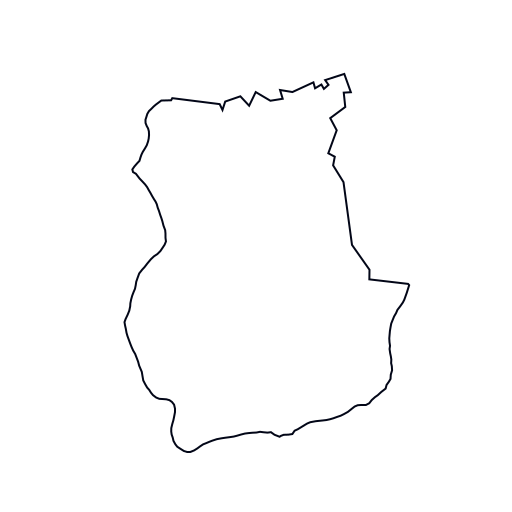 VIII-1 Ireng/Upper Potaro, Potaro-Siparuni, Guyana, rotated 157°
{"feature_id": "73187651B95779409673376", "entity_name": "VIII-1 Ireng/Upper Potaro", "entity_type": "district", "adm_level": 2, "iso_a3": "GUY", "parent_name": "Guyana", "parent_adm1": "Potaro-Siparuni", "projection": "orthographic", "projection_center": [-59.613, 4.894], "detail": "fine", "context": "isolated", "style": "outline", "palette": "ink", "viewbox_px": 512, "rotation_deg": 157, "n_neighbors": 0, "source": "geoboundaries", "source_scale": "gbopen_adm2", "svg_char_len": 2852}
<svg xmlns="http://www.w3.org/2000/svg" viewBox="0 0 512 512"><g transform="rotate(157 256 256)"><path d="M304.9,80.4L303.5,80.7L300.4,80.6L296.0,78.9L292.1,77.9L288.7,80.1L285.3,80.2L277.2,81.4L274.3,81.8L271.0,81.8L265.6,80.6L262.3,79.6L258.7,78.5L255.3,77.5L251.6,76.8L248.2,76.4L244.4,76.2L240.5,75.9L237.0,76.1L232.3,76.6L227.7,77.9L224.0,78.9L220.7,78.9L217.2,77.7L213.1,75.9L209.3,76.2L205.7,78.2L201.6,79.6L198.3,80.3L193.8,81.9L188.5,83.3L186.2,86.3L182.9,88.3L180.2,90.3L178.3,94.1L175.4,97.6L174.0,101.6L173.5,104.5L171.9,107.8L171.1,110.9L170.5,114.0L169.4,118.2L167.7,121.0L166.8,124.5L165.5,128.1L163.6,131.7L162.0,134.7L159.9,138.0L157.9,141.0L155.4,143.5L152.5,146.4L149.4,148.7L146.8,151.2L143.2,153.2L139.0,155.8L136.6,157.8L131.7,163.1L126.4,169.3L126.9,170.9L160.8,190.2L156.9,199.0L163.3,228.7L146.6,289.8L149.6,309.3L144.7,316.6L149.3,322.3L132.6,340.2L133.8,353.9L115.6,358.3L111.4,372.1L104.7,369.7L103.6,389.1L123.6,390.9L122.4,385.2L128.2,383.3L128.8,388.3L136.1,387.3L135.3,393.4L158.4,392.7L169.0,399.4L170.0,390.3L182.1,393.3L192.2,407.0L203.6,397.0L208.0,409.1L224.0,410.2L229.8,403.5L230.1,410.0L268.8,432.5L271.4,434.0L273.3,432.5L282.4,436.1L286.1,435.2L289.0,434.5L291.8,433.6L294.7,432.4L297.9,431.2L300.5,429.3L302.6,426.8L304.5,424.6L305.7,421.6L305.8,418.5L305.5,415.6L305.9,412.6L307.2,409.1L308.9,406.0L310.6,403.6L313.3,400.6L316.2,398.4L319.5,396.1L321.8,394.1L323.8,391.9L326.1,389.1L328.9,387.9L333.0,385.9L336.0,384.0L336.4,381.3L334.4,378.6L332.9,372.8L331.5,369.1L330.1,365.2L329.3,361.9L329.0,358.8L328.5,355.1L328.2,351.9L327.7,348.2L327.2,345.3L327.1,342.4L327.6,338.8L327.7,335.5L328.1,331.4L328.3,327.8L328.6,324.7L329.3,320.1L329.5,315.3L330.5,312.2L332.2,308.1L333.2,304.6L335.7,302.1L338.7,300.1L342.1,297.9L346.1,296.3L350.0,295.6L354.0,294.1L359.1,291.5L362.8,289.4L366.1,287.9L370.3,285.6L373.5,282.2L376.3,279.1L378.2,276.0L380.2,273.1L382.8,270.6L385.5,267.8L387.9,264.8L390.1,261.6L391.5,258.8L394.0,255.2L397.1,252.1L400.7,248.9L402.9,246.5L403.7,243.1L404.3,239.8L405.2,235.9L405.6,232.6L405.8,228.6L406.0,224.4L406.1,220.6L406.0,216.8L405.5,213.0L405.8,204.8L406.4,200.7L406.4,197.5L406.4,194.0L407.5,189.4L408.4,185.5L408.1,181.4L407.6,177.4L406.6,174.5L406.1,171.3L405.2,168.2L403.2,164.7L400.8,162.3L397.4,160.6L394.5,159.1L392.0,157.1L390.4,154.5L389.5,151.2L390.2,147.1L391.6,143.9L394.2,140.0L396.3,137.0L398.6,134.2L401.2,130.7L402.6,127.6L403.4,124.6L403.6,121.5L404.2,118.0L403.8,114.2L403.0,111.2L400.8,107.9L398.5,104.6L396.0,102.5L393.1,101.3L389.0,101.2L385.2,101.8L381.9,102.6L378.2,103.3L375.3,103.2L371.5,103.2L368.4,103.1L363.7,102.7L359.1,101.7L355.2,100.7L350.9,99.5L347.1,98.5L343.8,98.0L339.5,97.5L335.6,96.9L332.4,96.0L328.6,94.8L324.5,93.3L321.0,92.6L318.1,90.9L314.4,88.9L311.1,88.0L308.8,84.2L304.9,80.4Z" fill="none" stroke="#020617" stroke-width="2"/></g></svg>